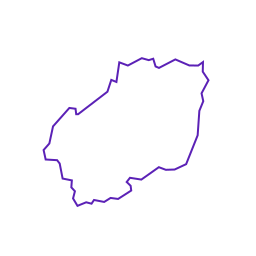 the District of Lisburn, rotated 116°
{"feature_id": "GBR-2090", "entity_name": "Lisburn", "entity_type": "District", "adm_level": 1, "iso_a3": "GBR", "parent_name": "United Kingdom", "parent_adm1": "", "projection": "natural_earth1", "projection_center": [-6.062, 54.5], "detail": "fine", "context": "isolated", "style": "outline", "palette": "violet", "viewbox_px": 256, "rotation_deg": 116, "n_neighbors": 0, "source": "natural_earth", "source_scale": "10m", "svg_char_len": 758}
<svg xmlns="http://www.w3.org/2000/svg" viewBox="0 0 256 256"><g transform="rotate(116 128 128)"><path d="M220.1,139.3L215.4,146.5L208.1,148.0L206.2,152.9L199.7,155.5L202.1,164.6L189.9,173.8L188.0,177.6L192.4,188.2L184.8,194.2L176.4,191.9L159.4,196.1L135.7,189.5L133.7,183.6L138.3,180.6L137.5,178.9L104.4,162.4L92.1,164.1L91.7,158.6L72.8,164.6L71.9,155.5L59.2,146.2L57.9,139.1L54.7,135.7L60.6,130.2L60.4,126.5L45.6,115.5L44.9,100.3L41.1,92.3L35.9,89.5L44.6,85.5L49.8,76.6L64.6,77.1L70.9,72.1L81.3,71.4L104.0,62.2L135.0,59.9L144.9,67.9L149.0,75.7L149.7,83.1L168.5,93.4L171.9,104.4L177.1,105.5L178.8,100.3L182.8,97.7L196.1,105.8L198.5,113.0L204.9,117.0L207.6,127.0L212.0,127.6L213.1,133.0L220.1,139.3Z" fill="none" stroke="#5b21b6" stroke-width="2"/></g></svg>